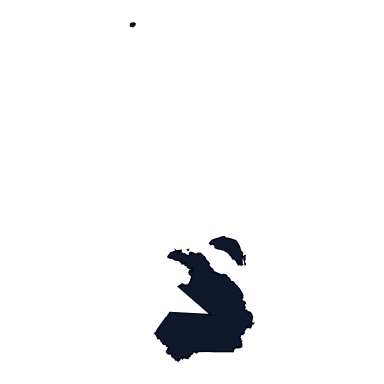 Lau-Mbaelela, Malaita, Solomon Islands (orthographic projection)
{"feature_id": "97153195B87820202711948", "entity_name": "Lau-Mbaelela", "entity_type": "district", "adm_level": 2, "iso_a3": "SLB", "parent_name": "Solomon Islands", "parent_adm1": "Malaita", "projection": "orthographic", "projection_center": [160.756, -8.207], "detail": "fine", "context": "isolated", "style": "filled", "palette": "ink", "viewbox_px": 384, "rotation_deg": 0, "n_neighbors": 0, "source": "geoboundaries", "source_scale": "gbopen_adm2", "svg_char_len": 6109}
<svg xmlns="http://www.w3.org/2000/svg" viewBox="0 0 384 384"><path d="M154.7,333.3L156.2,334.7L158.0,338.6L158.5,338.3L159.8,338.7L160.8,339.8L161.2,341.4L161.5,341.5L161.9,341.2L162.3,341.5L162.8,343.4L163.3,344.0L164.8,344.3L165.3,344.2L166.4,345.1L166.7,346.1L167.5,346.0L168.2,346.6L168.4,347.5L168.2,348.6L167.9,348.8L167.4,350.3L166.7,350.7L166.4,351.4L166.6,352.2L167.8,353.5L168.5,353.9L171.4,354.0L171.9,355.5L172.0,356.5L174.9,358.5L175.5,359.8L176.2,360.2L177.0,360.0L177.7,360.3L178.1,361.0L178.3,360.4L179.4,360.1L179.4,359.3L179.7,358.9L180.4,358.7L180.4,358.3L181.9,357.6L182.3,358.4L182.5,357.6L182.9,358.0L183.2,358.0L183.5,357.7L183.7,357.9L185.0,357.7L186.1,358.2L186.5,358.0L187.4,358.6L188.0,358.4L188.3,358.0L187.7,357.3L188.9,356.4L189.1,356.7L189.5,356.2L190.1,356.0L189.7,355.4L189.6,355.0L189.8,354.7L190.2,354.7L190.6,354.3L191.1,354.5L191.7,353.8L192.3,353.8L193.1,352.3L193.1,351.7L193.8,351.4L196.4,352.8L198.4,351.4L207.6,351.3L216.2,351.6L233.0,351.6L233.3,350.1L233.6,349.9L234.4,348.3L235.9,347.9L236.2,347.3L237.1,347.3L237.8,347.8L238.2,347.5L239.1,347.6L239.2,347.2L239.9,347.3L240.2,346.7L240.6,347.0L240.8,346.6L241.0,346.7L241.6,346.7L241.7,343.8L241.0,342.5L241.1,341.8L241.6,341.1L241.2,341.0L240.8,341.2L240.6,340.9L240.3,340.0L240.6,339.6L240.3,338.9L240.5,338.5L239.7,338.1L239.7,337.5L240.2,336.3L239.9,335.5L241.0,334.6L242.8,334.4L242.9,333.5L243.2,333.2L243.9,333.3L244.2,333.0L243.4,332.1L243.5,331.7L244.6,330.7L244.7,329.6L245.4,329.2L246.2,327.7L246.8,327.5L247.2,327.6L247.6,327.1L248.4,327.4L248.8,327.2L249.7,327.7L250.5,327.7L250.7,327.1L251.5,325.9L251.2,324.7L250.8,324.7L250.4,324.2L251.3,323.7L252.4,324.2L253.4,323.7L253.6,323.3L252.8,323.3L252.1,322.8L251.6,322.0L251.9,319.7L252.5,316.8L251.5,314.3L250.8,313.1L249.8,312.4L249.6,312.5L249.6,312.2L249.1,312.0L248.6,312.1L248.4,312.7L248.1,312.4L248.1,311.8L247.5,311.5L247.2,312.0L246.9,311.9L247.1,311.2L246.3,310.2L245.9,310.5L246.0,311.3L245.3,310.2L243.5,310.1L244.3,309.1L243.8,308.7L244.6,308.5L244.5,307.9L245.1,307.4L244.6,306.3L243.9,305.6L244.3,304.9L244.0,304.2L244.6,304.0L245.4,303.3L244.9,302.2L243.8,301.4L243.1,301.4L241.9,300.4L241.7,300.0L241.6,299.3L242.2,298.5L242.1,297.6L241.9,297.4L242.0,297.2L242.6,297.4L242.6,296.9L242.4,296.7L242.8,295.7L242.4,294.3L241.7,293.0L239.0,288.6L237.0,286.6L237.1,286.1L236.5,285.7L236.0,285.6L235.5,284.8L235.0,284.7L235.0,284.3L234.0,283.3L233.9,282.6L233.7,282.3L232.2,281.7L231.1,281.6L230.2,280.7L230.0,279.6L229.0,278.0L226.9,277.0L226.9,275.9L226.4,275.3L225.0,274.7L224.7,274.9L224.0,274.5L223.2,274.6L222.7,274.4L222.2,274.8L221.2,274.9L220.7,275.2L219.7,274.1L218.6,273.8L217.7,274.1L217.7,273.5L217.5,273.3L214.2,271.9L213.7,271.4L213.1,271.3L212.6,271.5L213.0,270.5L213.0,269.8L212.3,268.9L211.0,268.1L210.0,267.1L209.4,266.1L208.7,265.6L208.7,264.6L209.0,264.4L209.2,263.3L207.3,261.2L206.1,260.2L205.4,259.1L205.1,257.9L204.2,256.7L202.9,256.0L202.7,255.4L202.0,255.1L201.8,254.7L201.6,254.8L201.4,254.3L201.1,254.4L200.7,254.2L200.7,253.7L200.4,253.4L199.8,253.3L199.2,253.7L198.8,253.5L198.5,253.6L198.2,253.3L198.0,253.6L197.1,254.2L196.8,254.0L196.2,254.2L195.0,254.0L192.2,252.7L191.1,253.2L190.7,254.3L189.9,254.7L189.4,255.3L187.7,255.6L186.9,255.2L186.4,255.3L185.7,255.2L184.7,253.7L182.9,253.8L182.3,253.2L181.6,253.4L181.0,253.0L179.8,253.3L178.8,252.6L177.7,252.9L177.9,251.9L178.3,251.7L179.5,252.0L180.2,251.3L181.1,251.6L181.1,250.3L178.3,250.7L175.9,250.7L175.7,250.5L175.8,250.9L175.5,251.0L175.2,251.6L173.8,251.8L171.9,252.7L171.4,252.5L170.6,253.0L169.2,255.0L168.6,255.5L168.4,256.4L168.0,256.6L168.0,257.1L169.8,258.1L171.3,258.1L173.2,258.6L175.0,259.9L175.7,260.0L175.4,259.4L177.2,260.3L178.5,260.4L179.5,260.8L180.1,261.5L180.5,261.5L181.0,262.0L182.0,263.9L182.5,263.6L183.9,263.8L184.4,263.5L184.4,263.0L185.1,263.4L185.3,263.2L185.7,263.5L185.0,264.1L185.2,265.4L185.8,265.4L186.3,265.8L186.7,265.7L188.3,266.6L188.0,267.3L188.4,267.3L188.4,267.7L189.0,268.3L189.5,268.1L189.4,267.5L189.8,268.3L191.0,268.3L191.9,267.9L192.4,268.0L191.6,268.6L191.8,269.2L192.3,269.3L191.8,269.7L191.8,270.6L192.0,271.0L191.7,270.8L191.4,269.8L190.1,270.2L189.8,270.4L190.3,270.8L190.3,271.4L189.3,271.7L189.1,272.3L189.0,272.6L189.4,273.0L189.4,274.2L190.3,274.4L190.7,275.2L192.2,276.3L191.7,276.5L191.6,277.6L190.9,279.6L190.8,280.9L189.5,282.9L189.4,283.4L187.9,284.9L185.5,285.3L184.1,285.1L183.9,284.7L181.9,284.0L181.6,284.1L180.8,285.2L179.6,285.6L179.2,286.1L178.3,286.5L210.9,314.7L169.8,312.5L166.9,317.3L165.9,317.8L158.1,328.6L157.3,329.9L156.1,332.5L154.7,333.3ZM242.6,264.3L241.9,263.6L241.8,262.0L241.7,261.7L241.3,261.6L241.9,261.4L241.9,260.6L241.7,260.5L241.5,260.8L241.4,260.3L241.7,260.1L242.0,259.0L241.4,257.5L241.6,256.8L241.5,256.2L242.5,253.9L242.3,252.5L240.7,251.3L239.3,246.4L237.6,243.3L235.8,240.7L230.2,238.8L227.9,238.3L226.2,238.2L225.1,237.8L224.5,236.9L223.9,236.7L221.0,237.2L220.3,237.7L213.2,239.8L211.2,241.2L209.5,243.3L210.7,244.7L212.8,243.9L214.2,244.9L215.5,246.1L215.0,247.0L215.5,247.9L216.6,248.1L218.0,248.9L218.6,248.7L218.7,248.9L219.7,248.9L222.6,249.8L223.7,249.9L226.6,251.7L228.1,252.2L228.6,252.7L228.4,253.0L229.4,253.7L229.8,254.8L231.9,256.9L232.3,258.3L233.0,259.0L233.9,258.9L235.1,259.7L235.7,260.5L237.1,261.0L236.7,261.1L236.7,261.7L237.7,263.7L238.1,263.9L239.7,262.7L240.4,263.4L241.0,265.1L241.4,265.2L242.6,264.3ZM135.1,23.8L133.9,23.0L131.7,23.2L130.4,24.1L130.6,26.0L133.0,26.7L134.9,24.8L135.1,23.8ZM191.5,252.8L191.2,252.4L189.9,252.6L189.5,253.4L189.9,253.7L190.5,253.8L191.5,252.8ZM243.1,257.2L242.8,256.0L242.4,255.8L242.0,256.4L242.3,257.7L242.6,257.9L242.9,257.8L243.1,257.2ZM244.6,257.1L245.1,255.7L244.8,255.7L244.3,257.1L244.5,258.5L244.9,258.9L245.0,258.1L244.6,257.1ZM239.3,263.9L239.0,263.4L238.4,263.9L238.4,264.6L238.6,264.9L238.8,264.9L239.2,264.5L239.3,263.9ZM244.9,259.3L244.5,259.1L244.1,259.2L244.1,260.1L244.4,260.7L244.7,260.4L244.9,259.3ZM188.4,249.6L187.6,249.8L187.9,250.2L187.9,251.0L188.4,249.6ZM245.3,263.6L244.9,263.2L245.1,264.5L245.3,264.2L245.3,263.6Z" fill="#0f172a" stroke="#020617" stroke-width="1.5"/></svg>